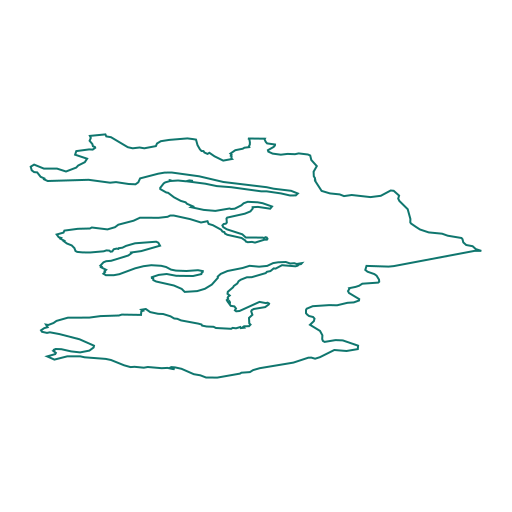 outline of Torsken nor, Troms, Norway
{"feature_id": "86288312B75737452629522", "entity_name": "Torsken nor", "entity_type": "district", "adm_level": 2, "iso_a3": "NOR", "parent_name": "Norway", "parent_adm1": "Troms", "projection": "natural_earth1", "projection_center": [17.149, 69.294], "detail": "fine", "context": "isolated", "style": "outline", "palette": "teal", "viewbox_px": 512, "rotation_deg": 0, "n_neighbors": 0, "source": "geoboundaries", "source_scale": "gbopen_adm2", "svg_char_len": 6050}
<svg xmlns="http://www.w3.org/2000/svg" viewBox="0 0 512 512"><path d="M481.3,250.9L475.8,249.1L472.6,246.2L466.2,245.0L463.3,242.4L462.5,239.2L461.5,238.0L447.7,235.7L442.1,233.7L428.7,232.4L420.0,229.5L416.1,227.0L411.0,223.5L410.3,222.4L410.4,219.0L407.7,209.2L399.4,201.0L398.2,198.6L399.1,195.6L393.7,190.8L390.7,190.5L380.8,195.8L370.5,197.1L351.7,195.0L344.0,196.1L339.7,194.4L329.9,193.4L321.6,190.9L315.0,180.7L315.4,180.1L314.9,179.4L315.0,178.2L313.8,176.3L313.6,171.7L316.8,166.1L311.3,160.0L310.2,155.5L307.9,154.5L298.7,153.4L295.0,154.2L287.5,153.9L280.8,154.7L272.6,153.6L268.3,151.6L267.9,150.2L273.7,146.9L274.9,145.5L275.0,144.5L267.1,143.4L265.7,141.8L264.5,139.2L264.8,138.7L248.0,138.5L249.3,139.0L249.9,142.4L249.8,144.6L249.0,146.1L249.3,147.1L244.4,147.7L242.8,148.7L235.3,150.2L230.4,153.6L231.5,154.5L230.8,155.8L231.6,156.2L231.4,158.4L232.0,159.0L223.2,160.6L214.5,156.3L209.4,152.8L207.5,153.9L204.4,152.5L203.5,151.1L201.5,151.0L199.9,149.3L197.5,145.1L196.0,139.6L193.0,139.1L187.4,138.4L169.2,139.9L160.8,141.2L157.0,143.5L155.9,146.1L144.3,148.3L139.6,147.5L132.7,148.3L127.8,147.2L111.0,137.2L106.3,136.4L105.4,134.4L89.9,135.9L90.8,137.9L89.6,140.8L92.4,144.1L92.9,146.2L94.9,147.0L95.2,147.8L92.7,149.6L89.1,149.4L76.3,151.1L75.1,154.7L87.1,158.7L84.8,162.2L78.2,165.5L76.2,167.6L66.0,171.5L57.0,168.6L43.9,168.6L34.1,164.6L30.7,166.7L31.7,170.3L34.1,172.1L37.2,172.4L40.6,176.8L44.4,178.5L44.0,179.3L47.7,181.0L88.6,179.8L110.1,182.7L116.0,182.1L128.6,184.0L135.5,184.3L138.3,182.3L140.1,178.4L158.2,173.7L164.6,172.6L171.6,172.5L199.2,176.3L223.4,182.0L266.7,187.2L273.6,188.7L291.1,190.8L297.8,193.5L295.8,195.4L290.1,195.5L280.9,193.4L266.4,191.3L261.0,191.3L231.2,187.2L216.8,186.1L205.3,183.7L187.5,181.4L189.4,180.6L193.0,180.9L189.4,180.4L185.9,181.3L178.1,180.5L170.4,181.0L170.5,180.3L169.9,180.2L170.1,181.0L165.2,182.4L163.7,183.4L160.2,187.9L160.3,189.1L166.3,192.5L168.1,192.8L174.0,197.3L180.8,200.9L185.6,202.3L187.0,203.8L192.8,206.3L191.1,207.2L203.7,209.9L215.4,210.9L229.5,208.5L231.1,209.0L234.7,208.7L241.4,205.3L243.6,203.3L247.7,201.8L257.6,202.3L262.6,203.2L272.0,206.5L270.2,208.7L258.0,206.9L252.6,207.2L252.7,208.6L250.4,211.4L244.8,213.7L227.2,217.6L226.5,218.5L226.8,222.6L225.8,223.7L223.7,224.0L222.4,225.4L223.2,227.1L226.8,229.3L242.3,234.3L245.8,237.5L262.9,237.6L263.8,238.2L265.5,237.2L266.7,237.5L267.5,238.8L266.9,239.7L264.4,239.7L255.0,242.6L252.0,241.9L247.7,242.2L245.8,241.5L245.3,240.5L241.6,238.0L227.3,234.8L224.9,233.5L224.4,232.1L222.5,231.6L221.1,229.7L212.9,225.2L208.6,223.9L207.5,221.2L201.0,222.5L190.1,219.1L173.6,215.5L170.3,215.5L167.6,216.8L158.7,217.8L140.0,217.7L133.6,220.7L118.3,224.7L115.0,227.2L107.5,229.4L91.8,227.5L89.9,228.5L77.9,228.8L64.4,230.6L63.5,232.6L56.7,234.5L58.7,237.2L61.1,237.9L60.4,238.7L64.2,240.7L63.7,241.1L66.9,243.5L71.7,245.4L74.4,248.1L75.5,251.0L77.2,251.9L82.5,252.4L89.9,252.5L103.7,251.3L106.4,250.4L109.3,250.6L110.6,251.7L112.3,251.4L113.7,249.3L116.5,248.6L118.4,248.9L118.7,248.2L122.4,247.7L126.0,245.9L135.0,243.3L156.2,241.7L158.3,242.7L160.0,245.7L141.2,251.1L131.1,252.5L131.5,253.2L128.3,255.5L111.1,260.8L106.2,261.2L103.5,262.3L100.3,265.7L101.7,266.7L101.1,267.3L106.1,269.8L104.5,271.2L105.1,272.0L103.4,273.7L105.9,275.2L113.8,275.2L119.3,274.2L135.2,268.3L143.5,266.2L151.3,265.2L161.2,265.8L166.1,267.0L171.0,269.6L175.9,270.6L186.4,271.0L198.0,270.2L202.8,271.1L202.7,272.0L201.6,273.0L201.3,274.1L193.1,276.0L176.3,275.8L166.7,274.0L158.7,274.9L151.8,277.2L151.9,278.1L153.2,278.4L153.3,280.1L156.1,281.5L173.9,285.5L181.7,288.9L184.7,291.9L197.2,291.1L204.9,288.8L211.8,284.6L217.9,277.8L217.7,276.6L220.7,273.9L227.5,271.0L242.6,268.0L249.6,265.8L259.1,266.7L267.2,265.9L273.1,263.1L278.1,262.3L285.8,262.0L290.2,263.5L294.3,263.2L296.7,264.0L301.9,263.1L301.0,264.1L299.1,264.4L297.6,265.7L295.5,266.3L282.0,265.2L275.6,268.6L273.7,268.4L270.4,271.1L266.9,271.8L265.7,273.1L251.7,277.2L246.8,277.3L240.8,279.7L238.6,281.2L237.3,283.5L233.8,286.0L233.1,287.3L227.8,291.8L227.5,293.8L229.7,295.5L228.2,296.7L227.6,297.9L228.2,299.0L226.8,300.1L227.6,301.5L230.1,300.9L228.9,301.8L229.0,302.3L230.8,302.7L228.7,303.0L230.7,305.8L234.4,306.4L236.0,308.5L234.9,310.3L236.2,311.3L239.5,311.0L259.5,301.9L265.8,303.1L267.6,302.7L269.1,303.6L268.8,304.4L265.2,307.1L253.8,309.0L251.8,310.1L251.2,311.3L252.4,314.8L249.0,317.9L249.3,323.4L250.5,324.6L249.0,326.2L244.0,326.3L243.4,326.7L244.2,327.7L240.8,328.1L240.4,327.0L236.0,328.3L232.6,327.9L231.2,328.8L215.9,328.0L213.6,326.8L206.6,326.5L202.1,325.6L201.5,324.5L198.2,323.6L181.0,320.4L177.3,318.8L174.2,318.5L170.5,316.3L163.1,314.0L158.1,313.8L150.2,312.1L145.8,309.0L141.5,309.7L143.0,310.8L141.3,311.4L141.0,314.9L121.8,314.6L118.9,315.5L100.5,316.1L89.3,317.6L67.8,317.7L56.5,320.9L53.5,323.0L48.3,325.0L46.0,324.6L47.6,327.2L44.3,328.1L41.0,330.3L42.0,331.8L47.0,332.9L49.9,332.3L59.5,334.1L79.6,339.3L94.0,345.7L93.6,347.5L89.4,350.6L80.1,352.4L71.1,351.4L61.4,349.2L55.7,349.0L54.0,349.7L54.3,350.4L53.3,350.9L55.9,352.9L55.2,354.1L47.2,356.4L54.4,359.6L67.4,356.3L80.1,356.3L84.6,357.3L105.7,358.9L111.0,360.0L124.1,365.3L130.5,367.1L134.5,366.8L143.8,367.7L147.8,367.0L161.7,368.2L167.5,367.9L172.7,369.0L174.6,369.2L170.1,367.7L171.3,367.1L175.1,367.4L181.5,368.8L193.8,374.2L200.3,375.3L206.0,377.5L217.3,377.6L240.0,373.6L241.4,372.7L249.9,372.1L253.1,370.1L259.7,368.2L293.4,362.6L308.3,357.7L311.3,357.6L315.1,358.7L319.9,357.2L334.3,350.0L346.5,351.0L357.8,349.1L358.1,345.7L342.8,340.4L335.5,340.1L324.6,341.9L322.9,340.9L322.2,339.1L322.4,335.3L320.0,330.9L310.0,324.8L313.9,321.1L314.5,318.6L313.1,317.0L309.0,316.0L307.2,314.6L306.0,313.2L306.0,310.0L306.7,308.7L312.7,306.2L329.4,305.1L337.0,305.3L347.5,302.8L353.8,302.4L359.0,300.5L359.2,299.1L349.0,293.0L348.0,291.1L349.4,288.8L349.1,288.2L355.6,286.9L359.2,285.7L362.3,283.7L378.2,282.6L379.2,281.7L379.0,279.6L376.6,275.7L374.4,274.1L367.5,271.7L365.3,269.9L366.5,265.9L388.6,266.6L393.8,266.1L474.4,250.9L481.3,250.9Z" fill="none" stroke="#0f766e" stroke-width="2"/></svg>